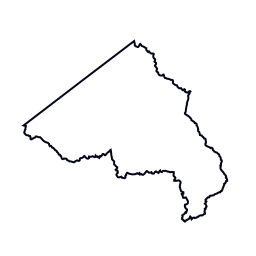 the district of Água Azul do Norte, Pará, Brazil, rotated 186°
{"feature_id": "56859067B16314817871005", "entity_name": "Água Azul do Norte", "entity_type": "district", "adm_level": 2, "iso_a3": "BRA", "parent_name": "Brazil", "parent_adm1": "Pará", "projection": "robinson", "projection_center": [-50.563, -6.762], "detail": "fine", "context": "isolated", "style": "outline", "palette": "ink", "viewbox_px": 256, "rotation_deg": 186, "n_neighbors": 0, "source": "geoboundaries", "source_scale": "gbopen_adm2", "svg_char_len": 5584}
<svg xmlns="http://www.w3.org/2000/svg" viewBox="0 0 256 256"><g transform="rotate(186 128 128)"><path d="M114.1,84.0L113.1,83.4L111.9,84.4L111.2,83.0L109.9,83.7L109.0,83.0L108.2,83.0L107.1,83.9L105.0,87.1L104.3,87.0L102.7,85.8L100.9,85.9L100.1,86.5L99.3,85.3L98.2,85.2L97.6,85.4L96.4,87.3L95.6,87.8L94.2,87.0L93.0,86.5L92.1,88.5L91.6,89.0L91.2,88.0L89.6,87.7L89.2,88.5L88.7,89.0L86.3,89.3L85.4,89.2L84.2,88.8L82.4,88.8L81.3,88.4L80.5,88.8L77.9,88.9L77.7,87.8L77.9,86.2L77.5,84.9L76.6,84.4L75.8,83.7L75.7,82.9L76.0,82.2L76.6,81.5L76.5,80.3L74.2,80.6L72.3,81.2L71.4,81.0L70.8,80.6L70.1,79.8L69.9,79.1L70.2,78.1L70.4,75.5L70.2,74.2L69.8,73.8L69.6,72.9L68.7,70.9L68.3,70.4L67.2,70.2L66.2,69.9L66.1,68.5L66.9,68.4L67.7,68.0L67.5,67.5L66.6,66.6L66.1,64.8L65.7,64.3L64.9,64.7L64.4,64.5L63.8,64.6L63.2,65.0L60.7,61.4L60.7,59.4L61.2,58.7L62.0,58.1L63.2,57.8L63.4,57.1L63.2,55.8L62.8,55.0L62.3,54.3L60.8,53.2L60.7,52.4L60.8,51.8L61.1,51.3L61.1,50.5L61.3,49.9L62.0,50.3L63.1,48.3L64.9,46.8L64.4,45.9L64.5,45.1L64.8,44.8L64.6,43.9L64.8,43.3L64.3,42.6L63.7,42.5L62.5,41.3L61.7,40.9L61.4,41.8L60.9,41.7L60.5,42.0L60.2,42.5L59.5,42.8L58.9,43.4L58.2,43.7L57.9,44.3L57.0,44.7L57.2,45.6L56.9,46.5L56.4,46.2L55.2,43.9L53.9,45.6L52.9,45.8L52.2,45.4L50.2,46.2L49.6,47.0L48.9,47.1L47.8,48.2L45.9,48.9L45.3,48.7L43.5,50.1L43.1,50.9L42.5,50.9L42.5,51.6L42.9,51.8L42.9,52.3L43.2,52.9L43.0,53.6L43.2,55.6L42.3,55.8L42.3,57.3L41.8,57.6L41.7,58.5L42.8,60.3L43.6,60.7L42.9,61.5L42.7,62.3L43.1,62.7L42.5,63.3L43.1,63.7L43.4,64.6L43.1,65.0L42.9,65.6L42.5,65.8L41.6,67.2L41.1,67.5L40.4,67.3L39.8,67.8L39.7,68.8L39.0,69.3L37.3,69.5L36.8,69.9L35.7,70.1L35.2,70.9L34.7,71.2L32.5,72.2L32.1,72.8L31.0,73.2L30.3,73.9L29.5,73.8L29.1,74.9L28.3,75.1L28.1,75.9L27.7,76.3L27.5,78.1L27.1,78.8L26.8,80.4L26.3,81.8L26.6,82.4L26.1,83.0L25.4,83.3L24.9,85.5L23.9,85.8L23.9,86.6L24.4,87.6L24.7,88.2L25.4,88.6L25.6,89.2L25.2,89.6L25.8,91.0L27.5,92.3L27.7,92.8L29.2,94.5L30.4,95.4L30.6,95.9L31.1,96.2L31.8,97.4L31.8,98.3L32.2,100.2L31.7,100.2L31.8,100.9L31.7,101.7L31.9,102.5L31.2,104.4L31.4,105.6L32.2,105.9L32.8,108.2L33.2,108.8L34.1,109.5L34.4,110.8L35.1,111.6L35.8,111.8L37.1,112.9L37.9,112.9L39.9,113.7L40.1,114.3L41.2,114.9L41.6,115.5L41.5,116.0L41.7,116.5L42.2,116.9L42.7,116.9L43.3,117.1L43.9,116.7L45.1,117.4L47.6,118.2L49.0,118.9L49.3,119.5L49.4,120.9L48.9,121.4L49.1,122.7L49.9,125.4L50.6,125.6L51.2,125.5L52.1,126.8L52.9,127.0L53.8,128.2L55.7,128.5L56.2,130.2L56.9,131.6L57.4,131.8L57.8,132.1L58.2,133.3L58.0,133.9L59.0,136.5L59.6,137.5L60.1,137.7L60.1,138.7L60.4,139.4L61.6,140.0L62.2,139.9L62.6,140.8L65.8,142.5L65.9,143.1L66.2,143.6L66.7,144.3L67.5,144.7L68.0,145.4L70.5,146.9L71.0,146.9L72.0,147.7L72.7,147.9L73.0,148.5L72.9,149.2L72.5,149.7L72.3,150.4L72.3,152.7L72.1,156.0L71.8,157.4L72.0,158.1L71.7,160.5L71.1,162.9L71.1,164.4L71.6,166.4L70.3,169.1L70.3,170.4L69.8,170.8L70.3,171.2L70.8,171.0L72.1,169.7L72.9,169.3L73.9,169.8L74.4,169.8L74.9,170.0L75.4,170.8L75.3,172.0L75.7,172.3L76.1,172.5L77.2,171.3L77.8,171.5L79.5,173.2L80.0,172.9L81.2,172.9L82.6,173.7L83.1,174.2L83.5,175.2L83.9,175.6L84.5,175.5L85.8,175.9L87.2,176.7L88.1,177.6L88.1,179.0L88.5,180.2L89.0,180.4L90.8,180.4L91.2,180.7L92.6,181.0L93.3,181.2L94.4,181.1L95.4,181.6L96.5,181.6L97.3,182.8L97.7,184.0L98.3,184.9L98.8,184.6L99.1,184.0L99.5,183.7L101.8,183.7L102.8,184.2L103.2,184.6L103.9,186.4L104.9,186.9L105.3,187.0L105.7,187.5L105.3,189.9L105.5,190.4L107.6,192.6L107.7,193.1L107.0,194.0L106.8,194.8L106.8,195.4L107.3,196.0L108.2,196.3L108.6,196.8L108.3,197.4L108.1,198.8L108.4,199.4L109.4,199.9L110.3,201.4L110.4,202.8L110.1,203.9L110.2,204.5L110.9,204.7L112.8,204.5L115.0,206.0L115.3,206.5L115.8,206.3L116.0,205.8L117.9,207.4L118.2,209.3L119.3,209.6L120.3,210.3L123.0,211.1L123.7,212.1L124.6,212.9L125.1,212.5L125.2,211.8L125.7,210.6L126.4,209.6L127.0,209.5L127.9,209.9L129.1,210.2L129.9,211.1L130.1,212.4L131.0,215.1L178.7,170.2L232.1,119.6L229.7,119.2L230.0,117.4L229.9,116.1L230.4,114.6L230.7,112.4L228.8,110.5L227.8,110.2L226.4,110.3L226.0,109.9L225.2,109.6L224.5,109.7L223.9,108.5L223.9,107.1L223.5,106.6L222.7,106.7L221.4,107.6L220.9,108.2L219.6,108.7L218.7,110.0L218.0,110.0L215.6,109.5L214.3,109.6L210.9,106.6L209.2,105.6L206.1,104.8L204.9,104.1L204.7,103.1L203.9,101.9L203.6,102.2L202.6,102.2L202.1,101.7L201.6,100.7L201.2,100.5L200.5,100.5L199.0,99.5L198.7,98.8L198.2,98.3L197.6,98.3L196.4,97.5L196.2,96.8L195.4,96.4L194.9,95.9L194.1,94.4L192.8,94.2L192.4,93.2L191.5,92.9L190.9,91.2L190.3,90.4L189.7,90.2L188.4,91.0L187.8,90.8L186.6,91.1L185.8,90.8L185.3,89.8L184.5,89.4L183.5,89.3L182.9,88.7L181.4,88.8L178.3,88.2L177.8,88.4L176.8,89.5L175.5,90.4L174.8,90.4L174.1,90.1L173.1,90.3L172.7,90.7L172.6,92.6L172.1,93.0L170.9,93.3L169.4,94.3L169.1,95.0L168.5,95.6L168.1,95.4L167.2,94.4L166.0,93.6L165.2,93.3L164.3,93.4L163.7,93.9L163.8,95.5L162.7,95.4L161.6,95.6L160.1,96.2L158.4,95.5L157.7,95.8L157.4,96.5L157.3,97.2L156.0,96.1L155.5,95.9L155.0,96.5L153.5,95.2L153.2,95.7L153.2,96.6L152.8,97.2L152.0,96.9L151.1,98.1L150.6,99.2L150.0,99.6L149.3,99.4L148.3,98.5L147.7,98.6L145.6,101.6L145.0,101.9L144.4,102.4L143.7,103.7L142.9,104.4L142.0,100.9L141.8,99.2L141.1,97.5L140.8,95.9L140.6,95.3L139.8,94.5L138.8,93.8L138.4,93.3L138.1,91.7L138.1,90.6L137.6,90.0L136.9,89.6L135.9,88.6L134.6,87.9L134.5,87.3L134.8,86.5L135.9,85.1L135.4,84.6L134.5,84.7L133.9,84.3L133.4,82.5L134.3,81.6L134.6,80.7L134.6,80.1L133.0,78.1L131.8,77.9L129.4,78.9L128.7,77.9L126.4,77.7L125.4,78.3L125.7,79.8L124.9,80.9L125.0,81.6L124.7,82.6L124.1,83.4L123.6,83.3L122.3,82.7L118.7,82.3L115.5,83.0L114.8,83.7L114.1,84.0Z" fill="none" stroke="#020617" stroke-width="2"/></g></svg>